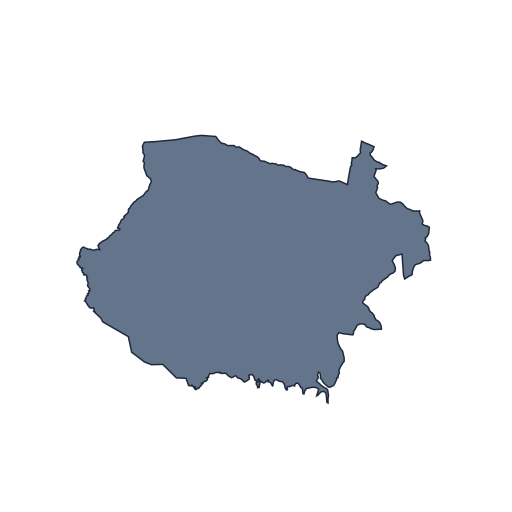 outline of Afigya Kwabre South, Ashanti, Ghana, rotated 230°
{"feature_id": "2480657B27047738560833", "entity_name": "Afigya Kwabre South", "entity_type": "district", "adm_level": 2, "iso_a3": "GHA", "parent_name": "Ghana", "parent_adm1": "Ashanti", "projection": "albers", "projection_center": [-1.625, 6.839], "detail": "fine", "context": "isolated", "style": "filled", "palette": "slate", "viewbox_px": 512, "rotation_deg": 230, "n_neighbors": 0, "source": "geoboundaries", "source_scale": "gbopen_adm2", "svg_char_len": 6150}
<svg xmlns="http://www.w3.org/2000/svg" viewBox="0 0 512 512"><g transform="rotate(230 256 256)"><path d="M200.1,121.1L199.8,121.6L198.1,122.8L198.4,123.5L198.3,123.9L194.9,123.9L195.4,124.7L195.1,125.2L193.7,124.7L193.2,123.7L192.2,124.1L192.2,126.1L191.5,127.0L191.9,128.4L191.9,130.1L192.4,131.6L193.5,132.5L192.4,133.1L193.2,134.4L193.1,135.5L192.3,137.3L192.3,138.1L192.8,139.6L193.7,140.2L194.3,140.0L193.6,141.8L193.9,142.0L194.4,141.7L195.6,145.0L194.0,146.8L193.3,148.0L192.8,150.1L191.6,151.7L189.5,153.3L189.9,153.6L188.4,154.0L188.0,154.3L185.6,157.5L181.5,157.9L178.4,159.1L177.5,163.0L176.9,163.7L174.3,163.6L174.0,163.7L173.9,164.2L171.7,165.3L168.6,166.1L168.1,165.7L166.9,166.1L166.3,168.4L166.1,171.8L167.6,173.0L169.4,173.7L167.8,176.8L165.0,176.9L161.5,175.4L160.1,175.9L159.9,176.6L160.2,178.0L160.1,179.1L158.6,178.5L158.2,176.9L158.8,175.7L158.7,174.6L157.8,173.9L155.5,173.6L154.1,172.6L153.3,173.9L157.6,179.1L155.2,179.5L154.0,180.1L153.3,181.3L153.3,185.2L153.0,185.6L152.5,184.8L151.7,184.4L151.3,185.2L149.6,185.7L145.9,185.1L145.8,185.5L148.2,188.3L149.0,190.1L148.7,191.4L147.5,192.4L144.6,193.6L142.9,195.3L141.4,195.5L138.9,195.1L136.4,193.6L134.7,193.2L133.9,193.2L133.4,193.8L133.6,194.5L134.9,195.1L135.6,195.8L135.5,196.6L134.4,197.5L133.6,200.2L133.1,201.0L132.5,201.6L131.6,202.0L132.3,202.8L132.8,205.0L131.1,206.5L128.0,206.2L126.4,205.8L125.0,206.4L120.2,203.5L119.5,204.0L121.5,206.9L121.6,208.2L122.2,209.2L119.4,214.5L116.9,217.4L114.9,218.2L113.6,218.3L109.9,212.6L109.6,214.1L110.0,216.6L110.0,219.0L108.7,220.7L107.1,221.5L105.2,221.0L98.2,216.2L97.1,216.7L100.6,219.6L102.3,221.7L107.1,224.7L108.9,224.8L110.4,224.1L115.2,222.7L116.7,222.7L121.0,221.8L121.5,222.1L122.8,225.4L124.0,226.3L125.4,226.5L126.7,229.3L124.9,229.7L121.8,227.7L120.8,226.6L119.1,226.9L116.7,226.3L115.0,226.3L110.0,227.0L108.8,227.4L107.7,228.9L107.0,232.0L107.2,233.3L109.5,238.2L110.8,239.6L110.1,240.5L111.6,242.2L112.8,244.6L115.2,246.1L117.4,250.8L117.7,252.4L118.2,253.4L118.6,255.8L121.4,258.1L127.6,261.2L130.5,261.2L136.4,262.7L139.8,264.7L143.2,267.3L144.0,270.3L140.8,272.5L133.4,279.4L133.4,280.1L135.8,282.8L136.1,284.7L137.8,288.7L137.4,291.3L136.8,292.4L135.2,294.3L133.5,295.5L132.1,295.1L129.9,295.4L128.1,296.9L126.8,297.1L123.5,299.4L119.3,305.1L121.9,306.8L125.2,307.9L127.0,307.9L130.2,306.9L133.3,307.6L134.4,308.2L137.6,308.4L139.3,307.9L141.9,308.0L142.7,308.6L145.3,309.0L150.8,307.7L151.7,307.9L152.7,308.9L153.0,311.6L153.8,312.2L154.6,313.7L154.8,315.5L154.2,316.9L154.8,319.2L154.5,324.6L153.8,329.2L155.8,333.6L155.3,334.8L155.9,337.1L155.3,342.8L155.9,346.1L155.4,348.8L154.8,350.2L155.1,352.9L157.1,355.0L159.9,356.2L164.9,357.3L166.3,363.0L166.1,363.8L163.6,369.1L146.5,356.7L142.8,355.1L142.1,360.7L141.4,362.9L141.5,363.8L143.5,365.6L146.4,370.2L146.9,372.7L145.2,376.6L144.7,379.5L144.9,381.0L143.5,383.1L142.0,384.6L140.6,387.0L142.6,388.5L145.4,389.7L147.0,391.4L148.8,392.1L153.2,394.8L156.4,395.4L158.8,395.0L159.9,396.8L161.2,397.5L160.8,399.3L162.2,402.7L166.6,407.3L169.2,406.3L171.2,404.6L173.4,404.0L174.2,404.3L175.2,406.1L176.5,406.8L183.8,408.9L185.4,410.4L186.5,408.5L187.4,407.9L188.0,406.7L189.1,406.0L189.7,405.1L191.4,404.5L194.7,402.6L196.1,402.1L198.4,401.9L201.9,401.9L204.8,401.0L206.7,398.5L208.8,393.0L209.5,392.0L215.1,390.7L216.6,389.4L220.8,387.3L226.0,388.1L227.8,388.7L228.8,390.9L230.3,393.2L231.2,393.3L232.3,394.1L232.5,395.4L232.9,396.3L234.8,397.4L241.2,397.5L244.3,402.9L244.7,403.3L245.9,403.7L243.0,407.0L241.5,409.8L241.2,410.8L241.2,413.9L244.8,411.7L246.5,411.3L247.5,410.6L248.4,410.7L250.2,409.3L252.6,408.5L254.2,408.2L256.9,408.6L259.4,408.3L261.6,409.5L261.3,411.1L261.4,412.2L262.2,414.1L263.8,416.7L269.8,413.8L271.7,412.6L276.1,410.7L270.2,403.9L267.6,402.3L267.8,401.4L267.2,397.5L267.5,394.9L269.5,392.9L266.4,389.7L266.1,388.8L263.8,387.5L263.9,386.3L262.9,384.8L252.0,371.9L259.8,368.1L261.0,366.7L261.3,365.5L264.0,361.6L265.0,361.2L282.1,346.1L286.1,346.8L289.0,346.7L292.7,343.6L294.0,343.1L295.5,342.1L297.0,341.6L298.4,340.0L301.3,339.7L302.5,339.0L303.2,338.9L306.0,335.9L307.6,335.7L310.3,333.1L311.4,331.1L313.3,330.8L316.9,327.7L317.4,326.2L323.4,323.2L325.3,321.1L326.8,320.6L329.1,321.0L331.3,320.7L334.7,319.2L335.4,319.2L336.2,318.4L337.2,318.4L338.1,317.6L342.1,316.7L345.7,314.6L346.8,314.5L350.7,313.0L351.8,310.8L354.7,310.2L358.9,305.2L362.0,304.1L365.0,301.9L369.3,301.7L373.4,302.0L383.4,291.8L387.1,286.3L397.1,268.6L408.7,251.9L414.9,243.6L413.2,239.7L409.4,237.2L408.0,235.9L404.9,235.4L403.1,233.4L401.2,230.4L399.4,230.6L396.9,227.9L395.2,226.7L387.8,224.0L383.0,224.8L380.2,223.7L378.8,220.2L375.7,215.8L375.7,214.3L376.0,213.7L374.8,208.4L375.8,201.3L375.4,199.8L375.7,197.0L374.8,192.4L373.9,190.4L373.9,188.6L372.5,187.0L371.7,186.6L371.2,184.5L371.3,180.4L370.5,180.4L369.8,178.2L370.2,176.1L368.6,173.0L368.0,170.7L367.2,169.8L366.8,168.2L366.2,168.0L364.8,169.0L363.9,168.9L363.9,167.3L365.8,165.2L365.8,164.1L365.4,162.5L365.7,161.1L365.2,158.9L365.5,157.1L364.7,154.9L365.2,153.8L364.9,152.3L365.8,148.5L366.3,143.9L365.6,143.1L365.6,141.7L363.4,140.8L361.3,140.5L363.7,138.0L364.9,135.1L368.0,133.2L369.3,131.5L370.5,131.3L371.4,130.5L373.4,129.8L374.1,128.6L373.6,125.6L372.2,124.6L372.2,123.5L370.1,121.4L369.0,121.4L368.4,120.8L368.9,120.7L369.0,119.9L368.2,119.6L368.3,118.3L367.5,118.2L367.0,117.8L367.2,117.4L367.1,116.1L366.1,114.6L364.9,114.1L363.2,113.9L361.2,114.4L360.1,113.8L359.0,114.5L357.9,115.5L357.6,115.3L358.1,114.4L357.2,113.3L356.1,113.1L354.6,112.5L353.5,113.0L353.0,112.3L352.2,112.4L352.0,112.1L350.6,113.8L348.9,113.4L348.7,112.8L347.2,112.6L347.2,111.9L346.1,111.1L343.8,110.4L342.5,109.4L342.3,108.8L341.4,107.8L337.7,107.6L336.8,106.9L336.9,105.6L336.0,105.7L335.8,104.7L334.9,103.2L335.3,102.7L334.0,102.2L334.3,100.6L333.1,98.9L333.1,98.1L332.1,97.3L331.7,95.8L330.9,96.3L328.5,95.8L327.2,95.8L326.3,95.4L325.2,95.6L323.6,95.3L322.0,96.2L320.7,98.2L320.0,98.3L319.2,97.4L317.6,97.0L318.0,96.1L308.1,97.2L304.0,96.3L276.3,106.4L262.2,98.9L246.4,102.5L239.9,106.1L232.9,114.9L213.8,116.7L207.3,123.8L200.1,121.1Z" fill="#64748b" stroke="#1e293b" stroke-width="1.5"/></g></svg>